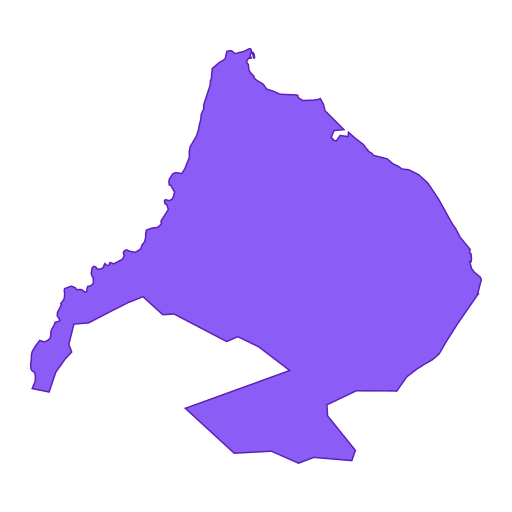 outline of Pomos, Paphos, Cyprus
{"feature_id": "46923920B57848599491117", "entity_name": "Pomos", "entity_type": "district", "adm_level": 2, "iso_a3": "CYP", "parent_name": "Cyprus", "parent_adm1": "Paphos", "projection": "equal_earth", "projection_center": [32.55, 35.149], "detail": "fine", "context": "isolated", "style": "filled", "palette": "violet", "viewbox_px": 512, "rotation_deg": 0, "n_neighbors": 0, "source": "geoboundaries", "source_scale": "gbopen_adm2", "svg_char_len": 3146}
<svg xmlns="http://www.w3.org/2000/svg" viewBox="0 0 512 512"><path d="M470.2,249.6L467.5,246.2L460.1,237.2L455.6,228.5L452.7,224.5L446.8,214.0L443.3,207.6L438.6,199.2L427.8,183.0L418.7,174.7L408.7,169.7L402.0,169.0L398.1,166.2L392.8,163.7L387.1,158.8L377.5,156.4L373.3,155.3L371.9,153.4L368.0,151.0L367.8,149.9L367.7,149.6L367.1,149.6L363.2,144.3L361.7,143.2L355.5,138.5L348.5,132.3L348.1,136.6L340.1,135.5L336.3,140.9L333.5,140.1L332.7,139.9L332.8,138.7L331.1,137.6L334.0,130.6L343.9,129.6L325.0,110.7L323.4,104.1L322.6,102.7L320.3,98.6L319.7,98.9L317.3,99.6L312.8,100.2L302.9,100.5L298.4,97.9L297.8,95.5L296.5,94.9L289.7,94.7L279.9,94.2L274.3,91.6L266.6,89.0L263.3,84.3L256.2,79.9L254.4,78.3L253.6,75.8L250.9,73.2L249.0,70.3L248.3,64.4L246.9,62.9L246.8,61.0L248.4,58.4L251.1,58.2L251.1,57.3L249.6,57.6L250.4,54.9L250.5,53.6L251.6,53.3L252.6,53.9L253.1,55.5L253.5,58.1L254.6,57.8L254.2,54.6L253.0,52.5L251.4,51.8L251.2,50.1L250.5,48.8L249.0,48.8L243.6,51.6L238.5,52.7L236.5,53.5L234.8,53.3L231.5,50.8L229.1,50.8L226.9,51.3L226.1,54.6L225.4,58.1L223.5,60.1L219.4,62.4L212.3,68.5L211.6,74.2L211.6,76.7L211.1,79.4L210.4,80.9L210.4,83.1L209.6,86.9L204.1,103.5L203.6,105.7L203.8,108.5L201.3,114.1L200.7,120.0L199.2,125.3L198.4,130.2L196.4,136.1L190.3,146.6L189.2,151.6L189.4,157.1L185.0,168.4L181.8,173.6L175.7,172.6L172.9,173.7L171.3,176.0L169.3,179.3L168.9,182.3L169.3,185.0L170.9,185.4L172.2,188.1L174.6,191.9L173.6,196.1L172.1,199.3L169.1,200.6L165.3,199.7L164.4,200.8L165.0,203.7L166.9,204.8L168.3,209.6L161.0,221.0L161.4,223.6L159.1,226.3L156.6,227.7L153.7,227.8L150.5,228.6L146.4,230.1L145.7,233.2L145.6,237.6L144.6,241.9L142.3,244.5L140.6,249.1L137.4,251.1L135.0,252.3L130.0,251.3L126.7,249.9L124.5,250.6L123.3,252.6L124.3,255.9L122.4,259.2L116.9,262.2L113.7,263.8L110.2,262.5L109.4,263.4L109.8,264.1L108.3,265.6L106.2,265.0L105.0,263.5L103.6,266.1L103.5,267.4L100.8,269.0L97.5,269.2L95.6,266.9L93.7,266.3L92.1,268.0L91.2,273.5L92.3,276.6L93.2,277.5L93.4,282.1L92.9,284.1L90.5,285.9L87.6,286.4L86.4,292.0L85.1,292.2L81.7,289.6L76.4,289.5L75.2,287.7L72.8,286.6L71.1,286.2L64.7,288.6L64.2,290.2L64.6,293.3L64.5,296.2L64.1,299.0L60.8,303.6L61.2,305.2L57.5,312.3L57.2,315.8L59.1,318.6L60.0,320.5L58.0,321.6L55.1,322.3L54.3,324.8L52.6,327.7L51.0,330.9L50.8,334.5L50.5,337.0L49.9,338.4L48.4,339.8L46.3,341.2L44.4,341.7L43.2,341.7L41.9,341.1L39.8,340.4L37.8,342.9L35.6,345.8L32.1,351.8L31.4,355.3L31.3,359.5L30.7,364.0L30.9,368.6L32.0,370.7L34.5,372.4L35.3,375.1L35.4,380.7L32.2,388.6L33.7,388.9L49.1,392.0L55.7,372.4L56.0,371.9L65.2,358.9L71.7,352.0L68.8,344.3L73.9,324.1L88.6,322.9L113.4,310.0L128.1,302.6L143.0,296.7L162.8,314.7L174.1,314.0L226.6,341.5L237.9,336.7L258.7,346.8L289.7,370.5L185.7,408.2L185.3,408.3L234.2,453.2L271.5,451.2L298.5,463.2L313.8,457.4L351.8,460.6L355.4,450.4L327.6,415.9L326.9,404.8L356.2,390.8L394.8,390.9L396.6,391.2L406.8,376.8L417.1,368.9L424.1,364.4L432.3,359.8L439.2,353.8L445.9,342.2L457.6,323.7L478.3,293.8L479.1,293.8L477.7,293.7L481.3,279.7L480.4,277.3L474.4,272.3L471.5,268.5L469.7,261.6L471.1,261.8L471.5,258.8L471.0,253.7L469.5,252.5L470.2,249.6Z" fill="#8b5cf6" stroke="#5b21b6" stroke-width="1.5"/></svg>